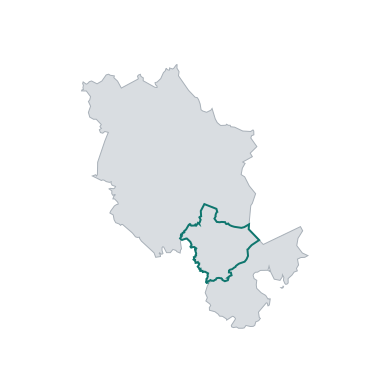 Aqtöbe highlighted on a map of Kazakhstan, rotated 243°
{"feature_id": "KAZ-3195", "entity_name": "Aqtöbe", "entity_type": "Region", "adm_level": 1, "iso_a3": "KAZ", "parent_name": "Kazakhstan", "parent_adm1": "", "projection": "albers", "projection_center": [57.897, 48.229], "detail": "medium", "context": "in_parent", "style": "outline", "palette": "teal", "viewbox_px": 384, "rotation_deg": 243, "n_neighbors": 0, "source": "natural_earth", "source_scale": "10m", "svg_char_len": 5533}
<svg xmlns="http://www.w3.org/2000/svg" viewBox="0 0 384 384"><g transform="rotate(243 192 192)"><path d="M236.7,253.5L234.9,254.7L234.1,256.3L232.6,256.1L230.4,259.4L223.3,264.9L219.3,271.7L219.6,274.5L218.3,274.7L214.9,273.1L215.1,270.6L213.4,268.9L203.0,270.4L200.2,261.5L196.1,261.8L195.7,250.8L193.4,252.3L190.4,247.7L185.2,243.7L181.6,245.8L171.4,245.8L161.6,247.9L154.5,240.6L153.2,238.2L133.3,225.6L112.9,231.7L111.9,272.9L107.2,273.0L102.6,265.4L96.7,261.0L87.6,262.6L82.7,266.4L82.6,262.8L84.2,259.2L84.3,255.5L78.6,253.8L76.5,250.4L73.9,250.0L74.3,246.6L72.6,243.4L71.2,238.3L67.3,236.4L66.8,234.8L67.3,233.5L68.3,233.2L71.9,233.4L74.3,235.1L77.2,235.0L75.4,233.9L73.3,230.3L77.0,225.7L85.0,225.8L91.0,227.0L87.8,224.1L91.1,217.3L90.8,214.1L91.7,212.0L91.1,209.8L90.0,208.6L86.7,208.0L83.9,209.6L80.1,207.1L76.8,205.9L70.8,207.9L66.4,210.7L62.2,211.1L62.1,212.3L61.6,212.0L60.9,212.5L61.0,213.0L56.6,209.9L55.9,208.9L56.1,208.0L58.8,208.6L59.5,207.9L54.8,196.7L49.8,195.0L48.3,195.5L47.1,193.0L47.3,189.8L44.7,187.4L44.5,185.5L45.6,183.0L48.6,179.5L47.2,176.9L47.6,175.4L49.4,171.7L51.5,170.3L52.4,167.3L53.9,166.1L55.3,166.5L59.0,172.9L59.7,173.3L62.2,172.5L62.9,171.6L62.1,164.7L63.4,165.0L67.4,162.7L68.9,160.2L71.2,159.9L74.9,158.1L78.7,153.9L81.2,155.0L82.3,157.1L84.1,157.1L88.6,154.9L90.9,157.7L96.2,158.0L101.6,163.3L103.4,166.3L103.7,168.5L104.3,169.1L105.0,167.7L104.4,164.5L105.1,163.8L110.1,167.8L112.4,168.8L115.0,167.4L115.7,166.0L118.2,164.1L119.1,164.5L121.9,163.6L124.9,165.6L126.4,165.2L127.7,163.4L131.4,163.7L135.2,167.8L139.2,168.5L139.8,170.0L141.8,168.9L143.5,165.8L146.2,167.7L149.8,167.4L152.9,165.4L154.1,161.2L153.9,160.1L152.5,158.9L146.1,156.8L145.5,155.4L143.0,153.7L145.6,151.5L147.3,151.1L149.5,148.9L147.8,145.2L149.5,141.8L155.8,141.8L156.5,141.1L156.0,140.0L153.6,138.8L150.4,138.2L150.2,137.7L150.5,136.5L152.6,135.5L152.1,134.9L150.6,135.3L148.8,134.6L150.3,130.0L155.0,130.6L171.3,124.6L174.4,124.2L175.5,124.7L176.3,122.7L177.7,121.3L182.5,120.3L194.6,115.4L195.1,114.5L194.7,113.3L196.7,112.5L199.3,110.1L202.6,110.0L207.3,111.4L210.6,109.3L212.0,111.0L214.8,116.5L215.1,119.2L214.6,120.4L215.0,120.9L216.7,121.2L220.9,119.9L221.8,118.4L223.6,120.3L224.3,122.3L225.1,121.5L224.8,120.5L225.1,119.9L227.0,119.8L229.4,121.1L232.4,119.5L232.4,120.8L230.5,123.7L230.6,124.9L231.7,126.4L234.3,123.9L236.7,123.9L237.8,124.7L238.1,122.8L240.2,120.3L242.5,119.0L243.3,117.9L243.4,116.5L251.5,110.5L251.1,114.0L249.6,114.3L250.4,115.6L261.4,121.5L277.3,137.8L283.1,144.5L285.5,141.8L284.9,139.2L286.5,137.4L289.5,137.7L289.8,140.2L292.0,139.6L293.3,141.8L300.3,139.7L301.5,137.3L305.1,134.9L309.9,135.8L314.5,140.6L319.7,140.8L320.4,142.6L323.0,144.9L330.0,143.7L332.2,139.5L332.9,140.2L332.7,141.9L334.3,142.1L336.4,143.7L338.3,143.8L339.5,145.0L336.1,146.7L336.0,148.1L336.9,150.7L336.5,152.9L331.5,156.5L331.8,162.1L335.3,168.7L334.8,171.2L333.2,172.1L330.7,175.5L329.3,174.3L324.6,176.0L316.7,176.2L317.1,194.9L317.5,195.7L319.9,196.0L320.5,197.4L320.3,199.4L318.1,199.0L315.8,200.4L313.3,199.0L302.1,206.5L301.0,208.3L302.2,208.9L304.2,208.2L306.2,208.7L305.8,210.8L307.2,215.6L311.3,220.7L312.2,223.4L313.7,224.7L313.6,225.4L312.4,225.4L310.9,226.9L311.1,227.6L312.7,228.3L310.4,230.6L310.5,231.9L312.5,235.9L312.2,236.5L309.2,234.8L305.1,235.1L301.7,232.7L284.1,235.1L275.0,237.8L273.7,239.5L271.4,239.8L266.7,239.2L261.1,237.4L259.2,238.4L256.4,241.2L256.3,245.9L257.3,247.8L246.6,245.9L242.3,246.0L238.3,247.7L236.1,252.5L236.7,253.5ZM66.7,230.4L66.0,230.6L65.3,229.3L65.7,228.1L66.4,227.8L65.7,229.2L66.7,230.4ZM87.0,225.8L86.4,225.6L86.0,225.1L86.9,224.6L87.0,225.8Z" fill="#d9dde1" stroke="#a8b0b8" stroke-width="1"/><path d="M137.3,228.1L133.1,225.6L118.7,230.0L117.6,221.0L116.3,217.5L115.7,216.5L115.6,215.3L109.6,212.9L107.2,209.9L106.0,207.2L106.8,201.7L106.7,200.4L106.2,197.6L105.5,196.7L105.5,195.4L105.0,192.8L105.5,190.6L105.2,189.3L103.6,188.4L102.5,190.1L99.8,189.4L100.0,187.4L99.4,184.7L98.8,185.5L97.1,183.9L97.6,180.8L99.8,179.2L101.1,179.3L101.9,178.9L102.0,178.5L103.2,177.1L103.7,175.9L104.0,174.7L103.1,173.4L103.3,172.2L103.0,171.0L104.2,169.1L105.2,168.4L105.0,167.2L105.0,165.2L104.1,164.7L104.4,164.4L104.4,163.8L105.4,163.6L106.9,164.9L107.9,165.3L108.2,166.3L109.7,167.8L110.8,168.0L112.2,169.4L115.2,167.3L115.8,165.3L116.9,165.6L117.2,164.9L117.8,164.5L117.7,163.9L118.1,163.5L118.9,164.5L119.6,164.7L119.5,163.8L119.8,163.5L120.9,163.7L122.9,163.2L124.2,165.5L125.1,166.0L125.7,165.3L126.9,165.4L127.0,163.5L127.2,163.0L128.6,163.5L129.4,163.3L130.1,163.8L130.5,163.0L131.1,162.7L131.6,163.6L133.1,164.1L132.8,165.6L133.4,165.9L133.6,166.7L134.2,166.6L134.7,167.4L135.5,167.9L137.4,168.1L138.0,168.6L139.1,168.4L140.1,169.0L140.0,169.3L139.3,169.5L139.8,170.2L141.9,169.1L142.5,167.9L142.8,166.1L143.2,165.8L144.1,165.9L144.4,167.0L145.3,167.7L148.3,167.9L152.9,166.3L153.2,165.7L153.8,161.5L154.5,160.8L156.1,160.3L157.4,162.9L158.2,162.3L159.2,163.0L158.9,164.1L159.9,165.1L159.5,166.2L159.6,166.9L160.6,167.1L161.3,169.7L164.2,174.2L164.4,175.6L163.8,175.9L163.0,175.6L162.3,176.2L161.0,179.1L161.4,180.0L160.4,180.0L160.1,180.5L161.8,183.3L160.3,183.9L161.0,184.0L161.6,185.3L163.4,187.1L166.1,187.1L166.3,188.0L166.2,189.1L171.1,191.2L175.6,197.5L165.9,206.1L162.9,205.5L163.0,205.1L161.7,203.4L160.5,202.3L159.6,202.1L158.1,199.9L154.1,200.5L152.5,202.9L151.9,204.8L150.1,207.8L148.3,207.8L147.6,208.5L147.5,209.9L145.6,210.4L143.7,211.9L141.8,213.9L137.6,219.8L137.0,222.6L137.3,228.1Z" fill="none" stroke="#0f766e" stroke-width="2"/></g></svg>